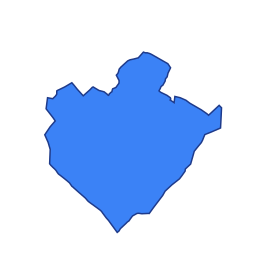 the district of Gwiwa, Jigawa, Nigeria, rotated 137°
{"feature_id": "59680162B64636531363939", "entity_name": "Gwiwa", "entity_type": "district", "adm_level": 2, "iso_a3": "NGA", "parent_name": "Nigeria", "parent_adm1": "Jigawa", "projection": "equal_earth", "projection_center": [8.29, 12.74], "detail": "fine", "context": "isolated", "style": "filled", "palette": "blue", "viewbox_px": 256, "rotation_deg": 137, "n_neighbors": 0, "source": "geoboundaries", "source_scale": "gbopen_adm2", "svg_char_len": 2212}
<svg xmlns="http://www.w3.org/2000/svg" viewBox="0 0 256 256"><g transform="rotate(137 128 128)"><path d="M114.0,58.9L106.8,58.9L95.4,65.8L89.3,66.7L84.4,67.3L81.6,68.3L78.3,69.9L77.5,70.2L76.3,70.8L69.9,68.3L60.3,64.9L54.0,71.0L45.8,79.0L45.9,82.4L60.4,82.4L60.4,83.1L60.5,84.2L62.0,91.3L65.9,104.1L66.7,108.8L69.2,114.6L72.2,119.1L77.0,115.1L77.4,117.0L78.1,119.7L77.0,120.0L76.4,121.2L77.2,125.3L79.8,132.0L80.0,134.0L78.8,134.5L77.6,134.8L76.3,135.5L75.6,135.7L74.9,135.8L73.5,135.5L69.0,136.9L67.0,138.4L64.5,138.7L61.4,140.8L55.8,143.0L55.0,147.8L60.6,165.8L61.3,167.6L62.6,169.8L64.0,171.1L65.0,173.0L72.6,172.3L76.9,174.6L80.0,176.5L82.5,177.3L91.8,177.4L93.1,177.2L93.8,177.2L94.6,176.9L96.1,175.9L97.2,175.3L98.3,174.8L100.5,174.6L102.2,168.7L104.1,166.9L109.2,165.9L112.5,167.1L113.3,166.7L114.2,166.1L115.1,165.5L115.7,165.6L116.5,165.8L117.2,165.6L118.3,165.8L119.0,165.3L120.0,165.2L120.2,165.7L120.2,167.0L120.4,168.3L120.6,169.4L120.7,170.5L121.3,171.6L123.6,175.2L125.5,181.8L126.4,182.1L130.0,181.9L138.8,182.1L138.7,190.7L138.3,196.2L138.2,199.4L146.3,201.2L151.5,202.8L153.6,203.5L154.8,203.7L157.1,201.3L159.5,200.8L162.3,200.8L163.0,200.7L166.2,205.0L174.8,197.9L175.8,186.8L176.4,182.8L184.0,182.0L193.5,179.8L196.2,172.0L199.5,165.4L209.7,155.3L209.8,154.1L209.9,152.9L209.8,152.5L209.8,151.9L209.8,150.6L209.7,149.8L209.7,149.5L209.7,148.9L209.6,148.5L209.6,147.7L209.6,146.3L209.7,145.5L210.0,143.9L210.2,142.3L210.2,141.5L209.9,139.9L209.8,139.4L209.3,136.2L208.7,132.0L208.2,127.8L208.8,123.7L208.5,121.9L208.5,121.1L208.3,119.2L207.8,113.8L207.6,112.2L207.4,109.9L207.0,106.3L207.0,105.2L207.0,104.4L207.1,103.3L207.1,101.2L206.8,99.8L206.7,99.0L206.3,97.0L206.1,96.0L206.0,95.7L205.9,95.2L205.7,93.9L205.0,90.4L204.3,86.4L204.3,85.9L204.3,84.7L204.5,83.6L204.6,82.7L204.7,81.6L204.9,80.0L205.2,77.2L205.3,73.6L205.8,69.7L207.1,59.0L205.1,58.8L204.6,58.9L202.2,59.6L198.5,59.6L194.5,59.6L192.9,59.7L191.8,59.6L190.6,59.4L188.9,59.8L186.9,60.2L185.2,60.5L184.7,60.6L179.7,59.4L178.3,58.3L176.4,55.9L171.2,51.5L170.8,51.0L163.7,52.4L148.6,55.0L143.9,56.5L141.7,56.5L134.7,56.5L125.0,55.7L120.9,56.4L115.7,57.5L114.0,58.9Z" fill="#3b82f6" stroke="#1e3a8a" stroke-width="1.5"/></g></svg>